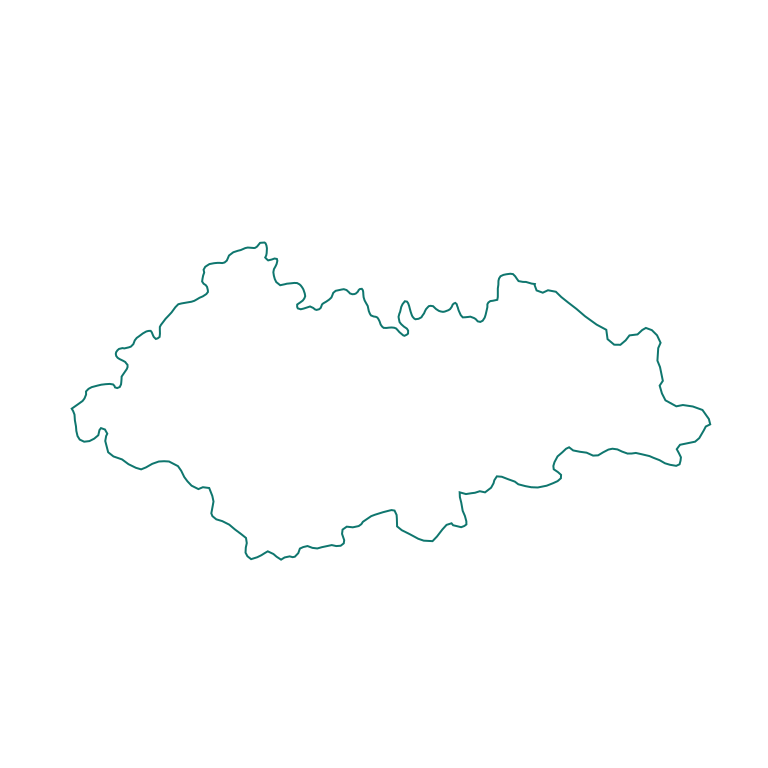 outline of Myadzyel, Minsk, Belarus, rotated 168°
{"feature_id": "67162791B89573771278316", "entity_name": "Myadzyel", "entity_type": "district", "adm_level": 2, "iso_a3": "BLR", "parent_name": "Belarus", "parent_adm1": "Minsk", "projection": "albers", "projection_center": [26.974, 54.814], "detail": "fine", "context": "isolated", "style": "outline", "palette": "teal", "viewbox_px": 768, "rotation_deg": 168, "n_neighbors": 0, "source": "geoboundaries", "source_scale": "gbopen_adm2", "svg_char_len": 6133}
<svg xmlns="http://www.w3.org/2000/svg" viewBox="0 0 768 768"><g transform="rotate(168 384 384)"><path d="M155.3,390.8L163.7,397.9L173.3,408.5L180.1,417.4L187.0,425.5L192.5,432.2L196.7,438.5L204.1,441.6L209.7,440.3L215.3,443.8L216.1,449.4L215.6,450.4L218.7,451.5L223.9,454.3L226.9,455.0L231.0,456.7L232.0,458.9L233.3,462.1L235.0,464.7L237.6,465.6L241.7,465.9L244.5,465.9L247.6,465.2L249.5,463.3L250.6,461.1L251.5,457.3L252.8,453.8L253.9,448.6L254.6,445.4L255.7,442.8L260.2,442.8L262.8,443.0L265.0,442.0L266.3,440.5L266.9,437.7L268.0,435.3L270.2,430.6L271.7,428.0L274.3,425.4L276.9,424.7L279.3,425.8L280.8,428.4L282.1,429.7L285.5,431.9L287.9,432.1L290.7,432.4L293.1,432.8L294.6,435.4L295.4,439.1L295.7,440.6L295.8,441.7L295.9,443.4L296.2,445.3L296.3,447.0L297.4,448.5L298.9,448.2L300.3,447.4L301.7,445.4L303.8,443.5L305.7,442.8L309.6,442.2L311.3,442.3L313.3,443.1L315.1,444.1L317.5,446.5L318.4,447.8L319.8,449.9L322.2,450.8L324.0,450.8L325.5,449.8L327.4,448.4L329.0,446.4L330.1,444.8L332.3,442.8L333.5,441.5L336.6,440.6L339.8,440.8L340.9,441.8L342.1,444.0L342.5,445.7L342.9,449.1L343.1,452.5L343.2,455.1L343.6,458.0L344.4,459.8L346.4,460.6L349.3,458.2L351.1,455.8L353.3,451.1L354.3,449.7L355.8,446.7L355.9,445.0L355.9,441.3L354.7,438.9L352.6,436.0L350.1,433.4L349.3,431.2L350.0,428.3L351.5,427.5L353.9,426.9L355.1,427.6L356.8,429.8L358.2,431.6L359.4,433.8L360.6,435.8L362.3,436.9L364.8,437.7L367.4,438.1L369.9,438.3L372.7,439.0L373.9,440.5L374.9,442.8L375.3,446.2L376.0,448.8L376.7,450.4L378.0,451.4L380.1,452.2L382.5,453.8L383.2,455.7L383.7,458.6L383.7,463.7L384.8,467.1L385.6,469.8L385.9,473.1L385.6,475.8L385.2,478.4L385.2,480.1L385.9,481.7L387.7,481.9L388.3,481.7L389.4,481.0L390.3,479.8L392.6,478.4L394.2,478.1L396.3,478.4L398.5,479.7L399.3,481.2L400.0,482.1L401.1,483.7L403.6,485.1L405.7,485.2L411.9,485.2L414.7,483.7L416.1,481.5L417.5,479.5L420.2,477.9L423.3,476.6L426.7,475.5L428.1,474.7L429.2,472.9L430.2,471.5L432.0,470.6L434.6,470.5L436.0,471.3L437.4,473.1L440.2,475.2L443.9,474.8L446.7,474.5L449.9,474.4L452.6,475.9L452.9,477.5L452.4,479.8L449.0,481.2L446.1,482.5L444.2,484.2L442.8,486.3L442.7,489.1L443.2,493.3L443.9,495.4L444.9,497.6L445.9,499.0L448.0,500.8L450.7,501.5L453.8,501.8L458.1,502.3L460.4,502.2L465.0,502.2L468.2,506.1L469.0,509.4L469.2,513.0L469.0,516.3L467.8,519.2L465.6,521.7L464.1,523.7L462.7,526.7L462.8,528.6L465.0,529.5L467.8,529.1L471.6,529.0L472.7,530.4L473.9,532.4L472.5,534.2L471.6,536.3L470.7,539.6L470.3,541.1L470.2,543.9L470.6,546.2L471.4,547.2L475.5,547.8L475.9,547.8L477.5,546.5L479.6,544.8L481.6,544.0L482.8,544.0L486.1,545.0L488.9,545.8L491.4,545.8L496.3,544.8L499.3,544.7L504.0,544.2L508.9,541.9L510.5,539.6L512.1,537.4L514.7,536.0L517.0,535.9L519.4,536.6L521.6,537.1L525.1,537.5L529.8,537.6L532.0,536.8L534.5,535.8L536.7,533.3L536.7,530.4L538.4,527.6L539.6,524.8L540.6,522.1L539.6,519.6L537.8,517.8L536.9,515.8L536.8,512.4L537.1,510.6L539.1,508.9L543.0,507.4L546.5,506.7L549.4,505.7L552.3,504.8L555.3,504.5L559.9,504.7L565.3,504.9L568.6,504.8L572.1,502.5L576.9,498.2L580.3,495.8L584.1,493.2L587.2,490.5L589.9,488.2L591.4,486.4L592.0,483.6L592.7,479.8L593.7,476.7L595.9,475.7L597.8,475.5L599.4,477.9L599.8,479.5L600.4,482.9L601.2,484.5L603.4,484.9L605.6,484.8L609.4,483.6L613.5,481.7L616.3,480.5L618.7,478.5L620.9,475.1L623.8,473.2L626.0,472.9L630.6,472.8L632.4,473.5L635.9,473.4L637.7,472.4L639.4,470.8L640.1,469.2L640.1,467.1L639.1,465.0L637.5,463.4L634.3,460.9L632.5,459.3L631.9,457.9L630.9,456.1L631.3,453.9L632.4,452.2L636.8,448.0L639.1,445.8L639.7,443.4L640.6,440.4L641.3,438.3L643.1,436.0L645.8,435.5L647.8,436.6L648.1,438.3L649.1,439.9L652.2,441.1L656.3,441.7L660.7,442.1L664.6,442.0L670.6,441.7L674.0,440.7L677.0,438.7L677.6,435.6L680.0,432.1L682.3,430.1L687.3,427.9L692.2,425.8L694.6,424.8L693.7,422.2L693.1,418.4L693.9,412.8L694.1,406.7L694.7,402.0L694.6,396.8L693.2,392.9L689.3,389.9L684.0,389.4L678.8,390.8L674.1,393.3L671.9,398.1L670.0,399.7L666.4,397.5L665.0,392.9L666.6,390.9L668.5,386.2L668.0,374.6L663.7,369.4L655.9,364.7L650.6,358.7L644.1,353.6L639.3,351.0L634.2,351.9L627.3,354.1L620.4,355.0L615.2,354.2L610.4,352.9L602.6,346.5L600.4,341.3L598.7,334.5L596.5,329.7L593.4,324.6L587.4,319.8L582.6,320.7L576.6,318.6L575.2,310.2L575.2,304.5L576.8,300.6L579.8,293.4L579.3,290.4L576.2,286.5L570.7,283.5L564.6,278.6L560.1,272.8L554.6,266.5L551.0,262.1L551.3,256.9L553.2,252.7L554.5,247.8L553.4,243.9L550.4,240.3L544.0,240.9L539.6,242.0L535.8,243.4L532.5,244.5L527.5,240.7L525.0,237.4L521.2,233.6L517.3,235.0L512.1,235.0L509.3,233.6L507.1,233.6L503.0,236.4L500.5,240.5L496.9,241.3L492.5,241.4L488.1,238.6L483.4,237.0L478.8,237.3L468.6,237.3L464.4,235.4L460.0,234.8L456.5,236.5L455.4,239.5L456.2,246.1L454.8,250.2L450.1,252.2L444.3,250.3L438.3,250.3L435.3,251.6L433.3,253.6L424.0,257.4L420.1,258.0L411.6,258.8L404.7,259.1L402.8,259.1L400.0,258.0L398.9,253.3L399.4,249.7L400.8,242.0L397.0,237.3L390.1,231.8L386.2,228.5L382.7,225.5L377.7,222.5L369.2,220.2L363.9,223.8L357.1,229.6L352.1,233.2L346.9,233.7L345.8,231.5L338.3,227.9L335.0,228.4L332.6,229.5L332.0,232.6L332.3,238.1L333.4,243.6L333.1,251.8L333.3,257.6L332.5,262.3L326.7,259.3L321.2,259.0L317.6,258.7L312.6,259.2L307.7,257.0L300.8,260.3L297.5,264.1L296.1,266.9L292.8,270.2L288.1,268.8L282.6,265.2L276.3,261.3L273.5,258.0L266.9,254.7L261.4,252.4L255.1,250.8L246.0,250.7L239.4,251.8L234.4,252.9L230.6,255.0L229.7,258.3L232.2,261.7L235.7,265.3L235.4,268.6L233.5,272.1L229.3,277.1L223.8,280.1L219.4,282.8L216.1,283.6L212.8,279.7L206.5,277.0L200.1,274.7L194.4,270.5L189.4,269.7L183.9,271.6L178.1,273.2L174.0,273.2L169.3,271.5L165.2,268.4L160.2,265.3L156.1,264.5L152.0,264.2L146.5,261.7L139.3,258.3L135.8,255.8L130.3,252.2L125.6,248.0L121.0,245.5L115.2,243.2L111.6,244.0L109.9,247.3L108.8,250.6L109.9,255.0L111.2,259.4L107.1,263.0L91.7,262.9L86.9,265.5L80.8,272.2L78.1,275.5L73.3,276.7L73.5,282.2L77.9,292.4L86.6,297.8L96.0,301.3L102.7,301.4L112.1,309.5L114.1,317.0L114.7,325.1L110.6,329.1L110.5,343.2L111.7,350.0L108.3,362.1L104.9,366.8L106.8,374.9L110.8,381.0L116.2,384.4L120.2,383.1L125.7,379.8L133.8,380.5L138.5,376.5L144.6,373.2L150.7,374.6L156.0,381.4L155.3,390.8Z" fill="none" stroke="#0f766e" stroke-width="2"/></g></svg>